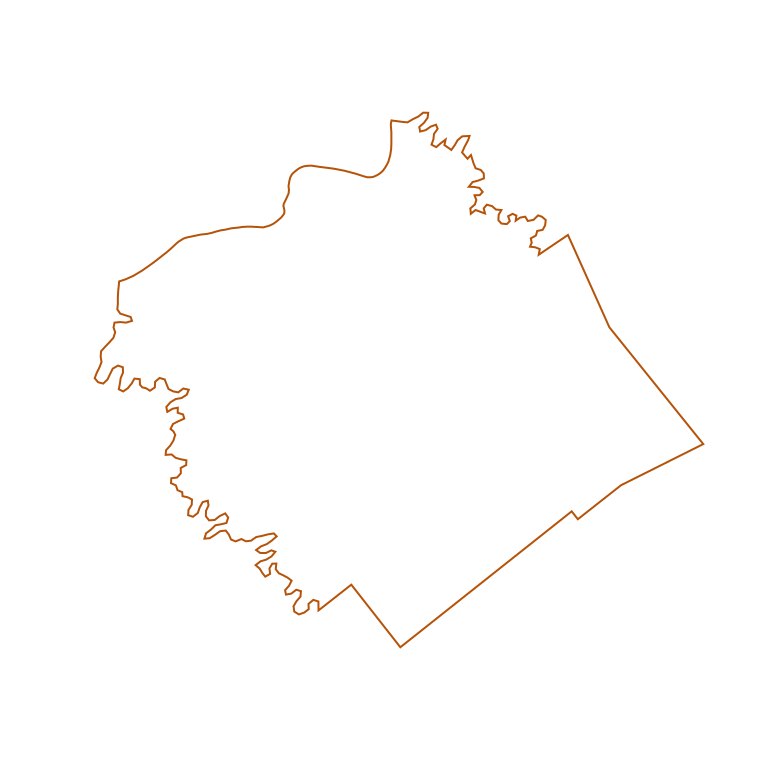 outline of El Dorado, Misiones, Argentina, rotated 52°
{"feature_id": "61730980B34474057540122", "entity_name": "El Dorado", "entity_type": "district", "adm_level": 2, "iso_a3": "ARG", "parent_name": "Argentina", "parent_adm1": "Misiones", "projection": "equal_earth", "projection_center": [-54.53, -26.321], "detail": "fine", "context": "isolated", "style": "outline", "palette": "amber", "viewbox_px": 768, "rotation_deg": 52, "n_neighbors": 0, "source": "geoboundaries", "source_scale": "gbopen_adm2", "svg_char_len": 5469}
<svg xmlns="http://www.w3.org/2000/svg" viewBox="0 0 768 768"><g transform="rotate(52 384 384)"><path d="M522.1,575.0L522.0,533.3L525.6,533.3L526.9,533.3L601.5,533.2L600.5,395.0L600.0,326.7L599.9,314.5L609.9,314.5L609.7,259.5L626.1,178.3L627.9,169.4L478.1,171.5L379.8,147.3L379.4,153.2L378.5,166.1L377.4,182.5L373.6,178.2L369.3,180.7L365.7,184.4L363.6,180.6L359.8,178.8L359.6,178.7L360.4,173.7L360.5,172.8L358.5,170.1L357.7,169.1L359.4,165.7L360.2,164.1L358.2,159.4L354.4,155.6L349.5,156.5L346.0,158.8L346.7,165.1L344.1,170.3L339.1,169.7L336.7,174.2L336.4,179.7L332.8,176.0L329.1,177.9L328.2,182.9L330.3,183.6L333.1,184.6L333.6,188.8L331.9,190.6L329.8,192.7L325.3,193.0L321.2,189.4L319.2,184.4L315.4,188.4L310.4,189.3L306.0,192.6L306.8,196.4L307.0,197.3L311.8,199.4L309.8,200.7L307.7,202.0L303.3,204.7L303.3,205.9L303.3,208.9L303.3,210.8L299.1,208.0L298.8,207.9L298.5,201.8L298.1,201.2L295.8,197.9L292.1,196.9L291.0,196.5L294.1,192.3L293.9,191.3L293.4,188.0L288.2,188.1L284.2,191.7L280.8,195.7L280.6,194.7L279.4,189.9L281.7,184.5L281.9,183.9L283.5,178.7L279.5,175.8L274.9,176.0L270.4,179.0L265.3,177.6L261.1,176.0L257.1,174.5L257.9,179.5L257.7,179.5L254.1,179.7L250.0,179.9L249.6,179.9L246.8,174.7L246.7,174.5L243.7,167.7L243.4,167.2L242.8,166.3L241.2,163.9L237.0,169.9L237.0,170.6L237.2,175.9L239.3,181.1L241.0,186.8L239.6,187.2L237.4,187.9L233.3,189.2L232.9,189.3L232.3,188.6L229.3,185.0L229.2,191.0L229.5,197.0L225.8,198.7L224.6,199.2L223.2,196.9L221.6,194.4L218.9,191.8L217.7,190.6L216.2,185.4L215.9,184.6L211.7,183.4L209.9,188.7L209.6,194.9L207.3,200.1L206.7,199.7L203.2,198.0L202.8,191.7L201.2,186.2L201.1,185.8L197.5,182.2L194.3,186.1L194.4,192.2L193.1,198.2L192.3,204.4L190.5,206.3L189.8,207.1L181.7,215.1L181.1,215.6L180.9,215.8L183.6,218.8L191.0,223.8L192.3,224.9L199.0,230.1L203.1,233.6L203.3,233.7L203.8,234.3L207.2,237.9L207.8,238.6L211.6,243.8L213.2,247.3L214.2,249.9L215.2,253.3L215.5,255.7L215.5,258.6L215.1,261.2L214.5,263.9L213.7,265.9L212.3,268.0L210.9,269.8L208.0,272.0L200.9,276.8L191.8,283.7L183.5,290.9L172.5,301.8L167.3,306.7L165.9,308.6L164.8,310.2L163.2,313.0L162.4,315.3L161.9,317.5L161.7,319.7L161.7,320.6L161.7,321.9L161.8,325.3L162.1,327.5L163.3,330.3L165.3,333.1L168.2,336.2L169.0,337.2L172.5,339.4L172.7,339.5L175.2,342.0L176.6,344.6L177.8,346.9L179.2,349.8L179.4,350.2L180.5,352.3L181.7,353.6L183.0,354.2L184.3,354.8L185.7,355.5L186.1,355.8L187.0,356.5L188.1,357.6L188.6,358.8L189.0,360.3L189.5,362.4L189.7,366.2L189.8,368.9L189.6,372.7L189.2,374.6L188.5,377.3L186.2,382.8L182.9,386.5L178.4,391.6L175.8,394.9L173.0,399.0L171.1,402.4L167.3,408.5L164.8,413.8L162.4,418.1L160.5,422.4L158.9,426.6L156.9,430.8L153.2,436.8L149.6,444.2L147.6,448.2L146.6,450.5L145.9,452.9L145.7,454.9L145.4,457.7L145.4,460.5L146.1,468.4L146.4,474.0L146.4,481.4L146.4,490.2L146.1,497.7L145.7,504.8L145.1,509.8L144.5,514.7L142.2,523.9L140.6,528.2L140.1,529.5L141.2,530.6L142.2,531.5L147.3,536.4L149.9,538.7L152.6,541.0L156.9,544.3L161.0,548.2L165.7,548.5L166.2,548.5L170.6,545.5L175.2,542.4L179.1,543.7L178.6,545.0L176.8,549.5L172.9,553.6L169.7,558.6L170.6,559.6L172.9,562.3L177.8,564.0L179.7,566.9L181.0,568.7L182.1,574.8L183.0,581.0L184.0,586.8L188.1,590.5L192.8,593.1L192.9,593.3L195.8,598.1L198.3,603.4L201.0,607.9L201.3,608.4L206.6,608.2L210.8,605.0L210.6,603.3L210.2,599.1L207.5,593.7L204.9,588.3L205.7,582.3L210.0,579.5L214.3,582.6L217.2,587.8L221.1,591.9L224.9,596.2L229.3,594.1L229.6,588.3L229.5,588.2L228.2,582.3L227.4,580.6L226.1,577.3L229.8,573.5L234.3,576.7L237.7,576.6L241.1,574.0L245.2,572.6L245.4,570.0L245.6,566.7L242.5,564.0L241.3,563.0L241.1,557.1L245.4,554.0L250.4,555.5L255.2,556.9L260.0,554.7L263.9,551.3L264.0,544.9L268.3,541.4L271.0,546.0L270.9,547.2L270.4,552.2L267.6,557.4L266.9,563.6L268.1,569.7L270.1,570.7L272.6,571.9L273.3,565.9L275.7,561.1L279.7,564.3L284.3,561.1L288.3,562.7L286.9,568.4L286.8,568.7L285.6,574.9L287.7,579.2L288.0,579.9L291.6,579.1L295.6,579.8L296.4,581.1L296.6,581.4L298.9,584.7L300.9,590.3L302.0,596.5L305.4,599.7L308.8,594.7L313.8,593.7L318.2,590.5L322.5,586.7L326.1,589.8L325.4,593.6L325.0,595.9L328.3,598.3L329.3,599.1L330.3,604.6L328.6,607.5L327.3,609.6L331.0,612.9L335.6,610.5L335.8,610.4L340.6,612.1L345.0,609.6L348.4,611.8L352.3,608.5L356.8,606.4L360.8,609.9L362.7,615.2L362.9,615.7L363.4,616.1L366.8,619.1L371.0,616.3L371.0,613.2L371.0,610.1L368.9,606.9L367.8,605.2L365.4,599.6L367.5,594.7L371.7,597.1L374.4,602.4L378.6,605.8L383.8,605.8L386.9,601.1L386.9,594.8L388.2,588.8L393.3,589.0L396.5,593.7L396.1,594.6L394.3,598.6L391.5,603.8L392.2,610.0L392.1,616.2L394.8,620.0L395.3,620.7L398.2,616.3L398.8,610.0L399.1,603.7L402.1,598.9L407.3,599.0L412.4,600.3L416.7,597.8L418.4,591.8L422.9,589.7L425.6,585.2L425.7,583.7L425.7,582.9L425.9,579.0L428.6,573.6L431.0,568.1L433.9,562.8L438.0,562.4L438.1,565.2L438.3,568.8L438.0,575.0L436.2,580.9L436.2,583.5L436.1,587.0L440.9,585.6L444.5,581.1L445.7,575.2L449.3,572.9L450.0,576.1L450.6,578.8L449.9,584.9L447.7,590.5L447.7,596.7L449.7,596.3L449.8,596.3L452.7,595.6L457.8,596.2L462.7,596.2L463.4,591.5L463.5,590.6L461.6,589.5L458.8,587.8L456.8,582.7L459.2,579.4L463.2,583.3L468.4,583.4L472.5,581.3L472.7,581.2L477.2,579.2L482.1,577.9L484.5,583.0L484.6,583.3L485.6,588.9L486.0,589.1L489.6,590.9L492.1,586.1L492.1,579.8L496.1,577.0L500.1,580.7L500.9,584.7L501.3,586.8L503.5,592.2L504.6,592.8L508.1,594.8L513.2,592.9L515.0,587.6L515.1,582.6L515.1,582.0L514.6,581.6L510.8,578.9L510.6,572.6L515.0,569.6L522.1,575.0Z" fill="none" stroke="#b45309" stroke-width="2"/></g></svg>